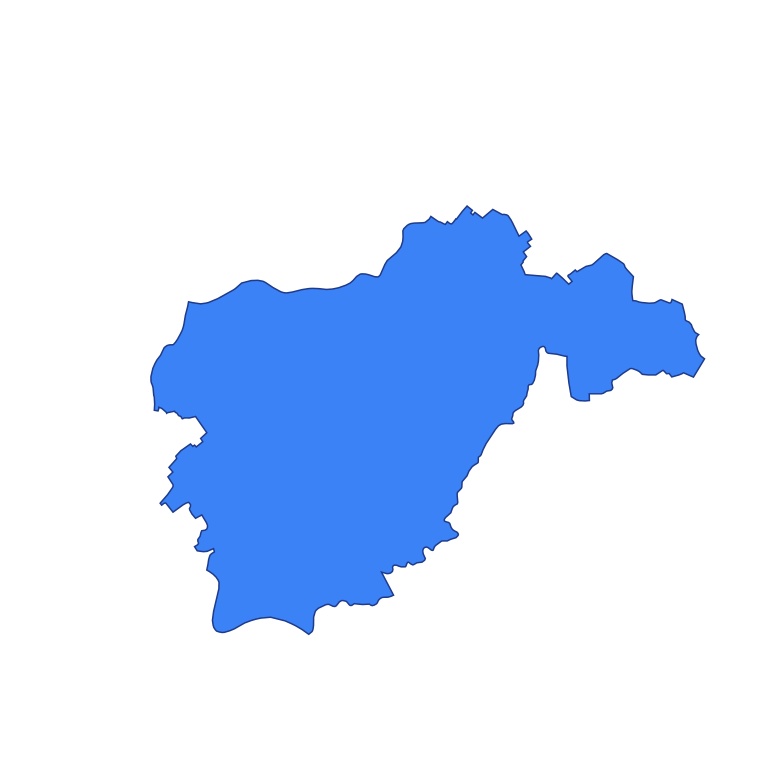 outline of Cam Giang, Hải Dương, Vietnam, rotated 142°
{"feature_id": "81297802B85581314164043", "entity_name": "Cam Giang", "entity_type": "district", "adm_level": 2, "iso_a3": "VNM", "parent_name": "Vietnam", "parent_adm1": "Hải Dương", "projection": "orthographic", "projection_center": [106.206, 20.951], "detail": "fine", "context": "isolated", "style": "filled", "palette": "blue", "viewbox_px": 768, "rotation_deg": 142, "n_neighbors": 0, "source": "geoboundaries", "source_scale": "gbopen_adm2", "svg_char_len": 6170}
<svg xmlns="http://www.w3.org/2000/svg" viewBox="0 0 768 768"><g transform="rotate(142 384 384)"><path d="M487.4,569.1L490.9,566.0L498.2,560.4L504.6,554.5L507.2,552.4L510.2,550.4L514.7,548.3L519.4,546.3L522.5,545.3L525.9,544.7L529.1,547.0L531.3,547.9L534.2,548.0L535.2,547.8L542.4,544.2L548.2,542.7L551.9,541.1L556.4,538.7L563.0,533.4L565.5,530.2L566.6,528.2L567.2,525.9L568.3,523.2L572.4,516.9L573.1,515.1L577.2,509.2L581.2,504.7L578.6,501.9L576.3,503.5L575.8,504.3L574.5,502.3L574.0,500.9L573.0,495.9L573.3,494.7L572.3,494.7L565.8,491.5L565.9,490.2L565.1,488.4L565.3,485.6L564.1,483.5L564.4,480.9L564.1,480.6L562.2,480.2L558.2,477.0L552.5,474.4L553.6,454.7L562.0,454.0L562.3,450.1L570.7,450.0L570.9,452.5L573.1,452.6L573.4,455.9L585.1,456.5L592.5,455.3L593.2,452.8L604.8,450.7L604.6,444.6L611.4,443.9L612.2,434.6L613.1,433.3L614.6,432.5L622.8,430.0L633.8,427.9L633.8,425.4L630.8,425.4L629.6,424.9L629.2,424.2L629.2,412.9L616.9,412.5L612.9,411.9L610.8,411.0L610.7,409.2L610.8,407.9L612.2,406.4L613.9,405.7L614.6,404.5L615.4,399.9L615.2,394.2L608.2,393.0L609.3,384.1L610.1,381.3L611.4,379.7L613.0,378.8L614.9,378.9L618.0,380.6L619.9,379.5L622.7,377.2L626.4,376.1L627.4,374.9L628.0,373.1L628.6,372.4L630.3,372.1L633.4,372.5L633.9,367.6L630.9,364.4L629.3,362.9L626.4,361.0L619.7,359.2L621.0,356.1L624.3,356.5L626.1,356.3L627.2,355.8L630.3,353.6L633.4,350.6L638.2,346.5L637.0,343.5L635.8,339.5L635.2,335.1L635.5,331.4L636.1,329.3L640.2,324.3L658.2,309.8L664.7,303.4L667.2,299.0L668.0,296.8L668.2,294.4L668.1,292.5L666.7,290.3L664.6,287.9L662.7,286.6L657.4,284.5L652.6,283.2L641.0,281.5L634.6,279.5L630.0,277.7L625.2,275.4L616.9,270.0L607.8,258.3L604.8,252.7L602.5,248.0L599.7,240.9L597.4,233.1L593.3,233.2L592.2,233.6L590.8,234.6L588.3,237.0L582.9,243.7L578.3,247.0L577.0,247.5L573.6,247.7L565.7,245.9L563.8,244.9L563.0,244.1L561.0,240.2L559.7,238.9L558.2,238.6L553.2,239.8L551.1,239.5L549.9,238.9L547.8,236.4L547.4,235.2L547.3,231.2L546.9,230.2L545.7,229.4L542.7,229.2L536.6,223.4L531.1,219.6L530.4,217.5L529.7,216.6L528.0,215.8L525.3,215.4L524.0,215.7L521.7,216.9L519.6,217.3L517.3,217.1L515.5,216.1L512.2,213.6L509.3,212.4L506.5,211.7L501.8,237.3L498.4,232.7L496.7,231.6L495.1,231.0L492.8,231.1L491.2,232.3L490.0,234.5L489.0,235.0L487.5,235.0L485.6,233.4L484.4,231.2L483.0,229.3L480.4,227.3L479.6,226.8L479.0,226.9L476.4,228.5L475.3,228.9L474.6,228.6L474.2,228.1L473.7,225.8L472.8,223.9L471.9,223.4L468.2,222.9L463.7,220.2L460.5,220.1L458.9,221.0L457.8,225.6L456.8,227.7L455.8,229.0L454.8,229.7L453.8,230.1L452.5,230.1L451.2,229.6L450.6,229.0L449.9,227.6L449.0,224.0L448.1,222.9L447.5,222.8L444.9,224.4L443.0,225.0L435.7,224.8L434.6,224.4L430.8,221.4L427.1,220.6L421.9,218.6L419.0,219.0L417.9,219.8L417.6,221.3L417.7,222.3L419.0,225.1L419.6,227.3L419.4,229.7L418.0,233.8L418.5,235.4L419.8,237.0L420.7,238.7L420.4,239.6L419.6,240.3L417.7,240.9L410.6,241.4L407.1,243.7L404.9,244.8L402.5,244.8L400.0,244.4L398.7,245.4L395.0,251.1L393.4,253.0L392.5,253.4L387.2,254.2L386.2,254.8L382.8,258.7L381.9,259.1L375.2,260.5L370.8,263.0L365.9,264.5L363.5,264.6L358.8,264.1L358.0,264.3L356.7,265.7L355.4,267.5L354.6,268.2L352.2,268.1L350.9,268.5L346.3,271.3L340.2,274.2L324.1,279.6L319.5,280.6L316.2,280.1L312.7,278.1L307.3,273.7L305.8,273.3L305.3,274.1L305.2,277.1L304.9,277.9L302.1,279.7L300.7,281.2L299.7,281.9L297.2,282.2L290.0,281.4L287.8,281.7L286.0,282.7L284.9,284.4L284.0,285.1L279.0,286.8L276.4,289.2L273.5,291.3L271.7,293.6L270.0,294.1L268.1,292.9L267.4,292.8L266.6,292.9L263.2,294.5L259.2,297.7L256.5,300.9L251.1,304.4L248.1,307.1L244.1,311.7L241.9,315.2L240.5,316.2L238.9,316.6L237.4,316.4L236.0,316.0L235.0,315.2L234.7,314.4L234.7,313.2L236.0,310.5L236.2,309.7L236.1,308.1L235.6,307.1L229.4,301.0L224.7,295.0L222.8,293.1L228.7,285.6L237.7,270.9L244.2,258.8L242.0,252.9L240.3,250.6L235.9,246.8L232.3,244.5L228.3,249.9L218.7,242.4L216.8,241.7L212.9,241.3L209.2,239.3L207.2,239.5L206.0,240.2L203.9,244.6L201.6,246.5L199.0,245.5L197.2,245.2L189.2,245.3L180.8,244.6L179.7,244.1L178.7,243.1L176.2,239.1L175.2,236.7L174.8,235.0L174.7,233.3L174.3,232.4L170.0,228.3L164.2,223.8L158.2,223.3L155.9,223.1L155.5,222.7L155.0,218.1L152.8,216.7L152.9,212.4L146.1,209.6L142.7,208.6L141.1,208.5L135.9,198.9L115.9,206.5L117.1,211.0L116.9,213.7L116.1,217.3L113.5,223.4L111.8,226.1L110.7,227.2L108.1,228.8L105.6,229.2L107.0,232.7L107.1,234.2L106.2,238.9L105.3,241.4L105.3,243.2L105.5,245.0L106.9,247.6L107.1,248.7L106.9,249.4L105.1,251.8L103.0,256.0L99.8,263.3L105.0,273.3L107.4,271.7L108.4,271.6L109.2,272.1L113.7,279.6L114.5,280.2L115.9,280.5L120.2,281.2L121.5,281.8L125.2,284.3L130.8,289.6L132.7,291.8L134.1,294.1L136.6,296.6L133.2,302.3L131.7,304.4L127.9,308.5L121.4,315.0L122.2,325.2L122.1,327.9L121.4,329.5L121.2,331.2L123.2,337.6L128.1,349.7L129.2,350.2L131.2,350.6L144.9,349.7L147.0,349.8L152.4,352.3L162.8,353.7L163.1,356.1L169.3,355.9L171.8,356.3L172.6,355.9L172.8,354.9L172.6,349.1L177.0,348.9L178.1,357.2L179.5,364.6L179.9,365.1L187.1,363.8L187.5,365.0L190.5,369.4L205.4,383.2L204.3,386.7L202.8,393.5L199.4,394.3L198.6,395.4L193.2,396.6L192.9,402.3L183.8,402.3L183.9,406.8L183.5,407.6L178.4,407.2L177.7,414.1L177.8,417.1L186.6,417.4L183.5,431.8L182.9,435.4L182.6,440.1L183.1,441.6L185.0,443.8L186.5,444.7L190.8,454.6L204.2,454.1L206.7,463.3L209.8,462.5L210.4,465.5L207.4,466.4L209.0,473.1L216.0,471.8L225.3,469.3L225.6,469.9L230.0,468.7L232.0,468.5L232.7,469.0L233.4,470.1L234.1,472.9L237.4,472.0L237.8,472.5L240.0,477.1L240.8,477.9L241.5,479.5L243.9,487.2L246.8,486.1L252.0,486.0L254.1,487.1L261.0,492.1L263.9,493.8L266.1,494.5L268.1,494.7L272.7,494.2L274.8,493.1L278.4,488.2L280.3,486.1L281.7,484.7L286.3,481.6L293.4,479.8L305.4,479.3L309.8,477.6L319.1,472.6L320.7,472.0L322.9,472.1L325.3,474.3L328.8,479.5L330.9,482.1L333.5,484.3L335.0,485.2L339.3,485.6L344.6,484.6L348.3,484.4L353.1,485.3L360.6,487.8L366.2,490.6L371.1,493.9L376.8,499.4L381.4,503.3L384.2,505.3L390.4,508.8L399.6,512.9L404.3,515.5L405.8,516.7L406.9,517.9L408.1,519.5L409.0,521.2L412.1,528.4L414.8,536.7L416.1,539.4L419.5,543.3L425.0,547.3L434.0,551.2L441.9,550.7L444.6,550.8L462.8,553.7L471.9,556.2L474.2,557.2L479.1,560.0L484.9,566.1L487.4,569.1Z" fill="#3b82f6" stroke="#1e3a8a" stroke-width="1.5"/></g></svg>